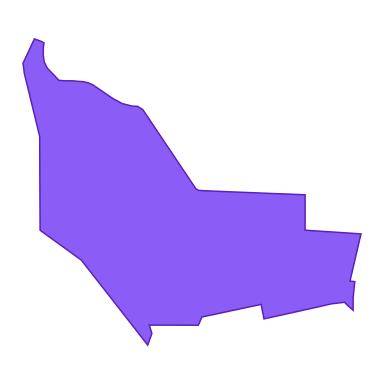 Ipiranga do Piauí, Piauí, Brazil (Mercator projection)
{"feature_id": "56859067B98502707297954", "entity_name": "Ipiranga do Piauí", "entity_type": "district", "adm_level": 2, "iso_a3": "BRA", "parent_name": "Brazil", "parent_adm1": "Piauí", "projection": "mercator", "projection_center": [-41.792, -6.793], "detail": "fine", "context": "isolated", "style": "filled", "palette": "violet", "viewbox_px": 384, "rotation_deg": 0, "n_neighbors": 0, "source": "geoboundaries", "source_scale": "gbopen_adm2", "svg_char_len": 741}
<svg xmlns="http://www.w3.org/2000/svg" viewBox="0 0 384 384"><path d="M353.1,310.3L353.1,298.7L353.4,295.4L354.8,281.6L350.0,281.1L359.6,239.8L361.0,233.9L305.1,230.2L305.1,194.8L224.9,191.6L202.1,190.6L198.5,190.3L195.9,188.8L143.0,109.9L137.6,106.3L132.1,106.1L122.0,103.5L117.0,100.7L113.4,98.9L92.8,84.8L87.9,82.7L83.0,81.6L79.0,81.4L72.9,80.8L64.3,80.8L58.9,80.3L47.2,68.0L44.1,61.7L43.3,55.0L43.3,48.1L44.0,42.9L41.3,41.4L34.4,38.9L23.0,63.3L23.9,69.7L24.2,72.9L39.7,136.5L39.9,189.1L40.1,230.3L81.2,260.0L117.0,305.7L147.7,345.1L151.9,333.5L149.3,325.1L154.2,325.1L198.4,325.2L201.9,317.0L261.1,304.4L264.0,318.9L318.6,306.8L331.6,303.8L344.5,302.3L346.6,304.5L353.1,310.3Z" fill="#8b5cf6" stroke="#5b21b6" stroke-width="1.5"/></svg>